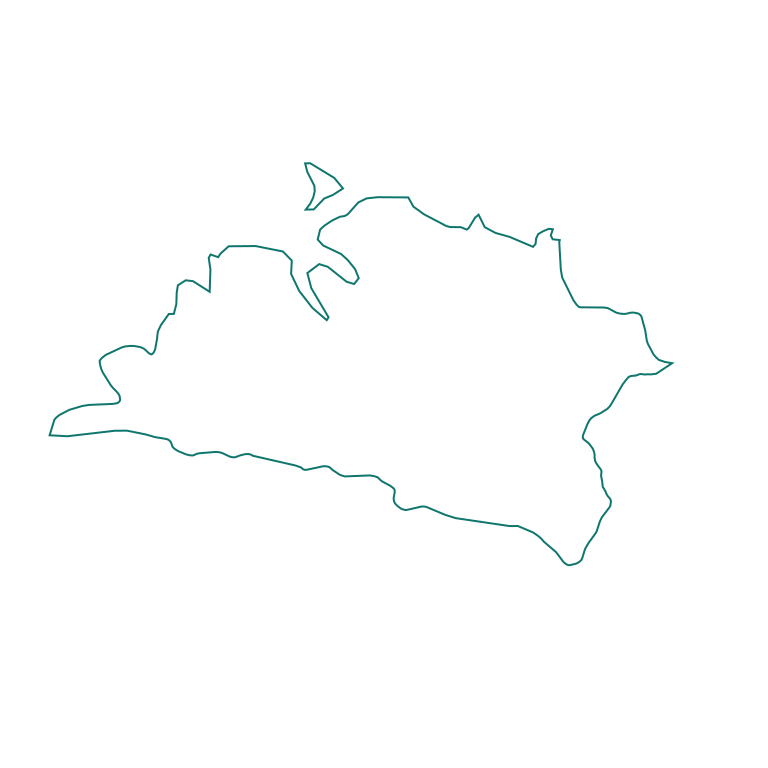 the Province of Trang, rotated 122°
{"feature_id": "THA-387", "entity_name": "Trang", "entity_type": "Province", "adm_level": 1, "iso_a3": "THA", "parent_name": "Thailand", "parent_adm1": "", "projection": "mercator", "projection_center": [99.627, 7.524], "detail": "fine", "context": "isolated", "style": "outline", "palette": "teal", "viewbox_px": 768, "rotation_deg": 122, "n_neighbors": 0, "source": "natural_earth", "source_scale": "10m", "svg_char_len": 3683}
<svg xmlns="http://www.w3.org/2000/svg" viewBox="0 0 768 768"><g transform="rotate(122 384 384)"><path d="M438.7,603.6L435.9,599.4L426.4,602.4L416.2,608.3L409.5,611.1L401.1,607.1L398.0,600.4L398.2,580.7L379.0,591.8L369.9,599.5L366.1,599.7L364.3,591.8L360.2,591.8L349.5,588.7L335.0,565.9L325.2,539.9L328.2,527.6L339.9,521.1L350.1,505.1L357.4,485.0L360.2,466.4L356.8,466.4L341.2,496.5L330.5,507.8L316.7,502.5L314.4,493.8L317.1,469.9L315.0,462.3L307.6,461.5L301.9,469.4L298.1,480.4L296.5,489.2L298.8,508.9L296.6,516.8L286.9,520.0L281.1,518.4L272.8,514.6L265.5,510.0L262.3,506.3L259.3,504.7L243.7,502.0L235.9,497.2L229.1,488.6L212.9,462.3L218.0,453.1L218.9,440.1L217.0,414.8L215.8,411.0L210.3,402.0L209.2,395.6L206.6,394.8L194.6,394.9L190.3,393.5L197.6,381.7L196.8,369.5L192.7,355.5L188.7,330.3L184.9,329.7L180.0,332.1L175.2,332.7L170.4,330.2L165.0,326.4L163.3,322.8L169.6,321.3L171.9,317.7L168.8,311.2L169.0,311.1L170.6,310.7L193.1,294.8L199.3,289.3L212.5,267.9L214.6,263.0L215.4,259.6L214.7,257.8L202.4,237.7L201.0,234.1L200.4,225.0L199.8,222.9L199.2,221.1L197.5,217.8L196.5,216.3L195.3,215.0L194.0,213.9L192.5,212.2L191.1,210.0L189.5,205.9L189.6,203.4L190.3,201.5L200.1,190.9L208.1,184.0L210.1,181.5L216.1,171.1L217.3,167.1L217.9,163.7L216.4,157.4L213.7,150.7L231.1,158.6L234.9,163.4L235.7,165.1L237.8,167.9L239.3,171.3L240.5,172.7L243.4,174.9L245.6,177.9L246.8,179.2L248.3,180.2L252.3,180.9L257.9,181.4L280.6,180.6L283.4,180.7L286.7,181.4L294.5,185.2L299.5,188.7L303.0,190.1L305.7,190.5L309.0,190.4L321.5,188.2L323.3,187.5L324.7,186.5L325.2,184.5L325.6,180.2L326.0,178.2L328.1,172.9L329.2,171.3L330.4,169.8L331.6,168.6L333.0,167.5L334.6,166.6L337.2,164.3L338.3,162.8L339.9,159.3L341.3,155.5L342.2,153.8L343.7,152.8L345.4,152.0L347.0,151.1L350.9,147.4L355.2,144.1L357.8,139.1L358.9,137.7L359.9,136.1L360.7,134.3L361.2,132.3L362.0,130.6L363.2,129.4L364.9,128.6L366.7,127.8L368.6,127.4L381.7,128.6L386.6,128.0L396.5,125.5L398.7,125.5L410.6,126.3L416.5,126.1L418.9,125.7L426.6,123.6L428.8,123.4L431.3,124.1L433.3,125.1L434.9,126.2L438.8,130.0L439.9,131.5L440.3,134.0L439.9,137.3L435.4,149.0L433.0,164.9L431.8,168.7L431.1,173.5L430.9,178.7L433.5,195.3L437.9,202.1L459.8,252.2L462.6,263.1L465.7,282.4L466.5,284.8L467.9,287.1L478.3,297.5L479.4,298.8L480.2,301.0L480.7,303.8L480.2,308.6L479.4,311.4L478.2,313.3L476.8,314.5L475.4,315.5L470.0,317.6L468.5,318.6L467.5,320.1L467.2,322.2L467.0,324.6L467.6,333.7L467.4,335.9L466.5,340.0L467.3,343.3L469.0,347.5L483.1,368.2L483.8,370.5L484.4,373.3L484.2,381.5L483.4,386.3L484.2,389.0L485.9,391.9L497.8,404.2L498.8,405.8L499.2,407.6L498.7,410.1L500.0,415.8L514.4,457.3L514.4,459.4L515.3,462.0L517.0,464.5L520.7,468.1L525.1,471.5L526.3,473.5L527.3,476.3L528.3,484.9L529.4,488.1L531.0,491.0L540.5,503.8L542.4,505.7L545.8,508.1L547.3,510.7L548.6,514.7L550.0,523.1L550.0,527.3L549.3,530.1L547.0,532.9L546.1,534.4L545.6,536.1L545.6,538.0L546.3,540.3L550.3,549.8L553.1,559.5L559.8,577.3L566.5,587.8L596.0,624.7L604.7,640.4L588.9,644.6L585.9,644.1L582.2,642.8L572.7,637.2L562.6,628.3L558.0,623.0L544.7,603.6L542.4,600.9L541.1,599.7L539.3,599.1L537.4,599.3L534.3,601.8L533.0,604.1L532.2,606.6L531.2,610.9L530.0,614.7L523.3,628.5L521.3,631.5L519.0,634.1L516.3,636.5L514.8,637.5L511.6,637.1L506.8,635.4L492.1,625.9L489.3,623.4L486.1,619.3L484.2,616.1L482.0,610.7L481.5,608.7L481.3,606.6L481.5,604.4L482.4,600.4L482.5,598.4L482.0,596.7L479.8,596.0L476.3,596.3L465.7,600.5L462.2,602.3L459.2,603.6L452.3,604.4L438.8,603.6L438.7,603.6ZM250.9,527.6L258.4,533.0L273.2,536.1L277.6,542.8L270.3,542.1L263.5,542.8L257.4,544.8L252.8,548.1L244.8,561.4L238.7,567.8L235.9,563.5L235.6,535.3L239.9,522.4L250.9,527.6Z" fill="none" stroke="#0f766e" stroke-width="2"/></g></svg>